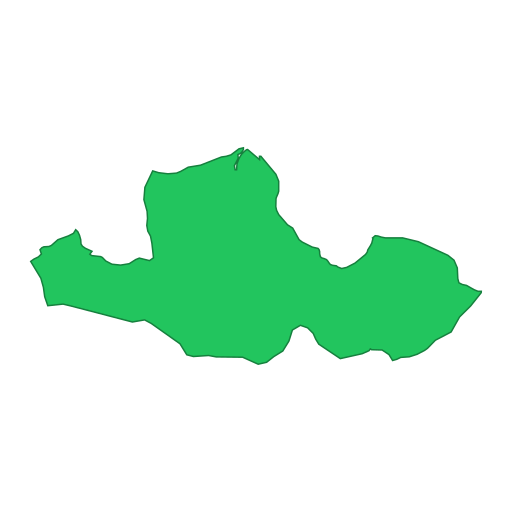 map outline of Samsun (Robinson projection)
{"feature_id": "TUR-2296", "entity_name": "Samsun", "entity_type": "Province", "adm_level": 1, "iso_a3": "TUR", "parent_name": "Turkey", "parent_adm1": "", "projection": "robinson", "projection_center": [35.998, 41.292], "detail": "fine", "context": "isolated", "style": "filled", "palette": "green", "viewbox_px": 512, "rotation_deg": 0, "n_neighbors": 0, "source": "natural_earth", "source_scale": "10m", "svg_char_len": 2180}
<svg xmlns="http://www.w3.org/2000/svg" viewBox="0 0 512 512"><path d="M152.7,170.9L158.7,172.7L167.9,173.8L176.5,173.1L180.7,171.4L188.2,167.2L200.5,165.2L221.4,157.0L226.2,156.3L230.9,154.9L239.0,148.8L243.4,147.8L243.4,149.5L242.5,151.0L241.4,152.5L239.9,153.7L237.9,154.5L238.2,158.2L234.4,165.7L235.1,169.8L236.6,169.8L237.0,163.9L238.9,158.6L241.6,154.2L244.5,151.3L246.6,149.7L247.6,149.5L259.5,159.6L259.5,156.3L260.9,156.3L275.9,174.3L278.7,181.2L278.7,191.2L278.0,193.6L276.3,197.6L276.0,198.8L275.8,206.7L276.6,210.4L278.7,214.6L287.5,224.8L292.7,228.1L299.1,239.7L302.3,242.1L312.3,247.1L318.0,248.4L319.0,249.5L319.6,251.3L319.7,253.9L320.4,256.8L322.0,258.0L324.2,258.6L326.5,259.6L327.6,260.8L329.6,263.7L330.6,264.6L332.6,265.3L336.3,265.8L338.0,267.1L341.7,268.5L346.7,267.4L355.0,263.1L365.5,254.5L367.2,252.2L367.8,249.9L370.6,245.4L371.3,243.9L371.7,243.4L373.0,238.2L372.6,237.9L375.2,235.7L377.9,236.0L381.3,237.1L385.5,237.9L402.7,237.9L418.4,241.7L447.9,255.3L454.0,260.2L457.3,267.9L457.8,278.6L458.9,282.8L462.3,284.5L466.5,285.4L474.1,289.7L478.0,291.3L481.3,291.3L481.2,292.7L470.7,305.9L459.6,316.9L451.1,332.0L435.4,340.2L427.5,348.3L424.6,350.4L417.1,354.3L409.3,356.8L400.7,357.4L396.8,359.3L392.6,360.5L389.0,354.6L382.1,350.0L371.6,349.7L370.3,348.9L369.0,350.7L362.2,353.7L340.3,358.6L318.8,344.2L315.7,339.1L313.2,333.4L307.6,327.8L300.4,325.3L292.4,330.0L288.9,341.1L282.8,351.0L273.8,356.6L266.6,362.3L258.2,364.2L242.6,357.2L216.2,356.9L208.6,355.5L193.4,356.5L186.8,354.8L180.0,343.8L151.2,323.4L144.6,319.9L132.4,322.0L70.6,305.9L63.1,304.1L47.8,305.7L44.7,296.7L43.4,287.3L40.9,278.3L30.7,261.4L33.9,259.1L38.4,256.9L41.4,254.0L40.0,249.7L41.9,247.7L43.9,246.8L48.9,246.5L51.3,245.5L57.9,239.7L68.4,235.9L73.5,233.3L75.7,229.7L77.8,231.7L79.5,235.3L80.7,239.6L81.0,243.9L82.4,246.2L85.4,248.3L92.0,251.3L89.8,254.2L91.7,255.6L100.7,256.6L102.4,257.5L105.8,261.0L111.9,264.2L120.6,265.1L129.2,263.7L135.2,259.9L135.4,259.7L139.3,258.1L149.5,260.6L153.5,257.8L151.9,243.2L150.5,236.1L147.8,231.1L146.8,225.5L147.5,218.4L147.1,211.3L143.9,199.6L144.9,187.3L152.7,170.9L152.7,170.9Z" fill="#22c55e" stroke="#15803d" stroke-width="1.5"/></svg>